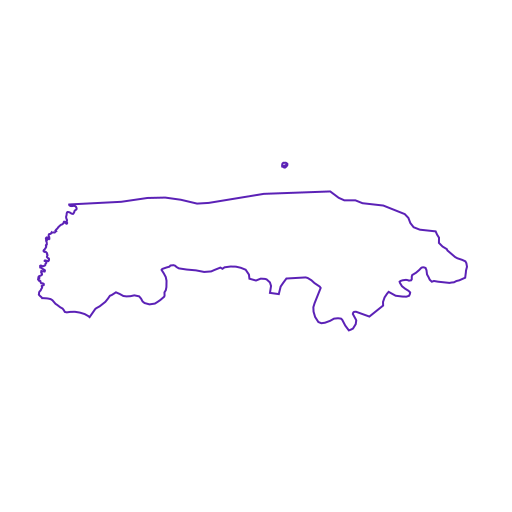 Tartous, Tartus, Syria, rotated 103°
{"feature_id": "27442178B78381061793998", "entity_name": "Tartous", "entity_type": "district", "adm_level": 2, "iso_a3": "SYR", "parent_name": "Syria", "parent_adm1": "Tartus", "projection": "equal_earth", "projection_center": [36.016, 34.849], "detail": "fine", "context": "isolated", "style": "outline", "palette": "violet", "viewbox_px": 512, "rotation_deg": 103, "n_neighbors": 0, "source": "geoboundaries", "source_scale": "gbopen_adm2", "svg_char_len": 5968}
<svg xmlns="http://www.w3.org/2000/svg" viewBox="0 0 512 512"><g transform="rotate(103 256 256)"><path d="M353.0,404.4L343.8,400.7L342.8,399.9L340.2,397.0L334.6,392.5L330.9,390.7L327.6,389.4L326.5,387.8L322.9,384.3L323.7,380.1L324.8,376.3L324.5,373.1L323.4,369.3L321.7,365.7L321.6,360.8L323.4,358.4L325.8,356.3L326.9,354.0L327.1,348.9L325.1,343.8L322.9,341.6L320.5,339.4L316.3,336.3L315.2,336.2L312.0,337.0L309.6,336.2L306.5,336.3L300.3,337.6L296.8,339.2L293.7,341.9L290.8,344.9L289.7,344.4L287.3,340.6L285.9,338.0L284.5,337.2L283.5,334.3L283.7,332.5L284.6,331.0L285.4,328.4L284.8,320.6L283.5,311.3L283.2,302.9L281.1,296.2L279.0,293.4L275.3,288.1L276.0,285.8L274.1,284.1L272.0,278.5L270.9,273.2L270.9,268.2L271.7,263.0L275.7,258.7L279.6,257.3L279.9,250.5L277.0,246.3L276.3,242.1L276.4,240.4L278.6,236.5L281.8,234.6L288.8,234.1L288.0,225.2L286.0,225.2L280.2,225.1L275.9,223.4L271.1,221.3L265.7,202.8L265.8,200.7L267.2,196.5L269.2,193.0L271.5,187.0L272.6,185.8L288.8,188.3L293.0,188.6L297.3,187.4L302.1,184.7L306.3,180.4L306.8,177.2L305.5,173.8L302.5,169.2L299.5,165.9L298.2,162.1L297.9,159.1L298.7,157.7L303.7,153.4L307.6,148.8L306.4,147.0L304.9,145.2L302.3,144.3L299.9,143.5L297.9,143.7L296.3,143.8L295.4,144.4L292.3,147.2L290.7,148.6L289.2,148.5L288.4,147.9L287.8,146.1L289.5,131.9L275.7,121.0L272.2,121.9L267.4,121.4L263.2,119.8L261.1,118.7L263.3,111.0L262.6,104.3L261.8,100.3L260.3,97.9L258.3,97.5L256.8,97.6L255.6,99.6L254.3,103.4L252.6,107.0L249.8,109.7L248.7,110.3L247.8,109.5L246.7,107.7L245.5,104.5L245.4,102.6L245.6,101.4L244.8,99.4L243.6,99.0L242.3,99.3L241.0,99.6L239.4,99.5L236.3,96.3L232.9,93.8L230.5,92.4L229.7,91.5L229.3,89.9L229.5,88.1L231.5,86.7L235.5,85.2L237.7,83.2L240.0,81.4L241.5,78.9L240.3,77.0L240.1,73.0L238.7,61.4L237.9,59.6L237.1,57.2L235.3,55.1L234.0,52.5L230.1,47.3L225.0,47.8L223.0,48.1L219.0,48.0L215.7,49.4L214.1,50.8L213.4,54.2L212.9,59.4L212.2,61.8L207.5,70.8L206.4,71.6L204.8,76.4L202.1,80.7L197.0,81.8L194.4,84.4L191.6,86.5L193.5,102.3L192.5,108.9L189.2,113.0L184.6,116.1L181.7,120.5L178.2,143.3L180.6,164.1L179.4,171.7L181.9,182.4L180.7,188.5L176.4,198.2L193.7,262.4L214.9,314.0L218.2,325.2L218.1,341.9L219.5,357.6L223.9,374.9L233.5,399.5L247.8,449.6L248.1,449.6L248.5,449.3L248.8,448.8L249.0,447.9L248.9,447.2L248.5,445.7L248.0,444.8L248.1,443.5L248.5,442.5L249.1,442.1L249.4,441.8L250.0,441.5L250.7,441.4L251.2,441.6L251.6,442.0L252.1,442.5L252.8,442.9L253.6,443.0L254.4,443.0L256.0,443.6L256.2,444.1L256.2,445.0L256.0,445.9L255.5,447.1L255.4,447.8L255.4,449.2L255.5,449.5L256.0,449.9L256.7,450.0L257.4,450.0L258.5,449.8L259.4,449.8L260.0,449.9L261.4,449.6L262.5,449.0L262.9,448.6L263.6,448.2L264.7,448.2L265.2,448.1L265.6,448.0L266.1,447.9L266.2,447.5L266.8,447.4L267.0,447.6L267.2,447.9L267.1,448.3L266.7,448.7L266.6,449.2L266.1,449.5L265.6,449.6L265.6,450.1L265.8,450.8L266.5,451.0L267.3,451.0L267.8,451.2L268.3,451.6L268.8,452.0L269.5,453.1L270.3,453.7L271.3,454.4L271.8,454.7L272.7,455.3L273.5,455.5L274.6,456.2L275.0,456.5L276.3,457.1L276.5,456.8L276.8,456.3L277.5,456.9L278.3,457.3L278.5,457.7L278.6,458.8L279.0,459.7L279.3,460.1L279.3,460.3L279.1,460.5L279.6,460.7L280.2,460.8L280.5,461.1L280.9,461.6L281.0,462.2L281.2,462.5L281.7,462.7L282.1,462.7L283.3,462.5L284.1,461.7L285.8,461.2L286.2,461.5L286.2,462.0L285.4,463.1L285.1,463.3L285.0,463.7L285.0,464.2L285.4,464.5L286.0,464.7L286.4,464.6L286.8,464.1L287.1,463.5L287.7,463.3L288.0,463.6L288.1,464.0L288.7,463.8L288.9,463.5L289.5,463.1L291.4,462.5L292.0,462.4L292.4,462.7L292.6,463.1L293.0,463.1L293.5,462.9L294.1,462.5L294.5,462.5L295.0,462.7L295.5,462.8L297.2,463.5L297.7,463.9L298.1,464.1L298.6,464.2L299.1,464.0L299.2,463.6L299.6,463.1L299.4,462.7L299.2,462.2L299.3,461.7L299.6,461.4L299.8,461.0L300.2,460.3L300.4,460.1L301.2,460.1L301.6,459.8L302.0,459.3L302.8,459.4L303.3,459.6L304.0,459.5L304.3,459.1L304.9,458.1L304.9,457.6L305.1,457.2L305.7,457.0L306.3,456.8L306.7,456.8L307.3,457.0L307.7,457.2L307.8,457.8L307.6,458.0L307.7,458.6L307.8,459.3L307.7,460.0L307.7,460.5L307.8,460.7L308.1,460.9L308.4,460.8L308.4,460.6L308.5,459.7L308.9,458.9L310.0,458.8L310.5,459.1L311.0,459.4L311.6,459.3L312.3,459.3L312.9,459.7L313.1,460.2L313.5,460.5L313.9,461.2L314.0,461.6L313.7,462.7L313.7,463.3L313.7,463.6L314.1,464.1L314.4,464.1L315.2,463.8L315.7,463.7L315.7,463.0L316.4,461.5L317.1,459.2L317.4,458.5L317.9,458.3L318.7,458.5L318.7,459.1L318.8,459.8L319.0,460.5L318.9,461.5L318.9,461.8L319.2,461.8L319.5,461.8L319.9,461.6L320.5,461.6L321.2,460.7L322.3,460.3L322.9,460.8L323.3,461.1L323.7,461.6L324.4,462.7L324.7,463.0L325.2,463.2L325.6,463.2L325.7,462.5L325.9,462.2L326.3,462.1L326.8,462.2L327.2,463.1L327.8,463.1L328.9,461.9L329.0,461.5L328.7,460.8L329.0,460.4L330.0,460.0L330.9,459.2L330.9,458.7L330.7,458.3L330.6,457.7L330.8,456.9L331.1,456.4L332.1,456.3L332.4,456.6L332.9,457.4L333.4,458.0L333.8,457.9L334.8,457.3L335.4,457.4L336.4,457.8L337.2,457.9L338.2,458.2L339.1,458.8L339.9,459.1L340.7,459.1L341.7,458.9L342.5,458.9L342.7,458.7L343.3,457.8L343.9,456.8L344.1,456.3L344.7,455.4L345.2,454.9L345.0,454.3L344.3,450.1L344.2,448.3L344.2,446.4L344.9,444.4L347.7,440.6L348.4,438.7L350.0,435.2L350.7,432.7L351.9,431.2L353.5,429.7L353.5,427.7L352.3,424.6L351.1,420.0L350.8,415.5L350.8,414.4L351.1,409.9L352.3,405.8L353.0,404.4ZM160.3,245.9L159.5,246.1L159.1,246.2L159.0,246.4L158.9,246.6L158.8,247.0L158.6,247.4L158.5,247.6L158.5,247.8L158.5,248.1L158.5,248.4L158.6,248.6L158.8,249.0L158.8,249.6L158.9,250.0L159.0,250.1L159.1,250.4L159.2,250.5L159.6,250.7L159.9,250.9L160.0,251.0L161.6,251.0L163.0,250.6L163.0,249.8L163.2,249.3L163.3,249.0L163.4,248.8L163.4,248.6L163.2,248.7L162.8,249.0L162.2,249.2L161.9,249.1L161.7,249.0L161.6,248.8L161.5,248.5L161.5,248.3L161.5,248.0L161.7,247.8L161.8,247.7L161.4,247.7L161.1,247.6L160.7,247.4L160.4,247.2L160.3,246.9L160.1,246.7L160.2,246.3L160.3,246.2L160.6,246.3L161.5,246.7L162.1,247.0L162.4,247.3L162.8,248.1L162.9,247.7L162.8,247.2L162.6,247.0L161.7,246.4L160.3,245.9Z" fill="none" stroke="#5b21b6" stroke-width="2"/></g></svg>